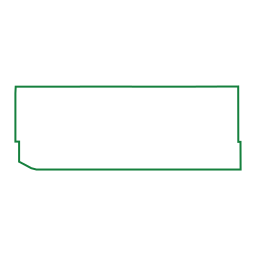 Swift, Minnesota, United States of America (Robinson projection)
{"feature_id": "52423323B6622975952869", "entity_name": "Swift", "entity_type": "district", "adm_level": 2, "iso_a3": "USA", "parent_name": "United States of America", "parent_adm1": "Minnesota", "projection": "robinson", "projection_center": [-95.787, 45.282], "detail": "fine", "context": "isolated", "style": "outline", "palette": "green", "viewbox_px": 256, "rotation_deg": 0, "n_neighbors": 0, "source": "geoboundaries", "source_scale": "gbopen_adm2", "svg_char_len": 281}
<svg xmlns="http://www.w3.org/2000/svg" viewBox="0 0 256 256"><path d="M15.7,86.7L15.4,93.2L15.4,141.6L19.1,141.6L19.1,161.7L31.3,168.2L36.3,169.5L240.6,169.5L240.5,141.9L238.3,141.9L238.2,86.5L174.9,86.7L111.1,86.6L15.7,86.7Z" fill="none" stroke="#15803d" stroke-width="2"/></svg>